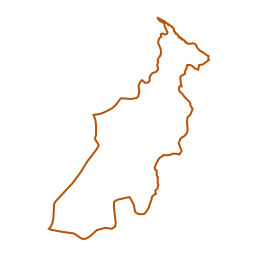 outline of Dar'a, Dar`a, Syria, rotated 87°
{"feature_id": "27442178B67726505950673", "entity_name": "Dar'a", "entity_type": "district", "adm_level": 2, "iso_a3": "SYR", "parent_name": "Syria", "parent_adm1": "Dar`a", "projection": "robinson", "projection_center": [36.022, 32.622], "detail": "fine", "context": "isolated", "style": "outline", "palette": "amber", "viewbox_px": 256, "rotation_deg": 87, "n_neighbors": 0, "source": "geoboundaries", "source_scale": "gbopen_adm2", "svg_char_len": 4475}
<svg xmlns="http://www.w3.org/2000/svg" viewBox="0 0 256 256"><g transform="rotate(87 128 128)"><path d="M64.4,43.7L63.4,44.2L60.4,43.8L59.5,45.5L58.1,47.0L56.8,48.3L56.7,48.5L56.6,48.8L56.5,49.0L56.4,49.1L56.3,49.4L56.2,49.5L56.1,49.8L55.9,50.1L55.8,50.3L55.7,50.4L55.6,50.5L55.3,51.0L55.1,51.2L55.0,51.4L54.8,51.6L54.7,51.8L54.5,52.0L54.4,52.1L54.2,52.4L54.0,52.6L53.9,52.7L53.7,52.9L53.5,53.0L53.4,53.1L53.2,53.3L52.9,53.5L52.7,53.7L52.6,53.8L52.4,53.9L52.3,54.0L52.2,54.1L51.9,54.3L51.6,54.5L51.4,54.6L51.2,54.7L51.1,54.8L50.7,55.0L50.4,55.1L50.2,55.2L50.1,55.3L49.9,55.4L49.6,55.5L49.3,55.6L49.1,55.6L48.9,55.7L48.7,55.8L48.4,55.9L47.3,57.1L46.7,59.1L46.7,59.3L46.8,59.4L46.9,59.6L47.1,60.1L47.1,61.0L47.0,61.5L47.0,61.9L47.2,62.3L47.2,62.5L47.0,63.6L46.6,64.0L46.3,64.3L46.2,64.5L46.2,64.8L46.2,65.0L46.0,65.3L45.9,65.5L45.7,65.5L45.3,65.7L45.2,65.7L45.1,65.9L45.1,66.2L44.2,66.5L44.1,66.9L44.0,67.1L43.8,67.2L43.5,67.3L43.2,67.5L43.0,68.0L42.4,68.6L42.3,68.8L42.3,69.0L42.5,69.3L42.5,69.5L42.4,69.6L42.2,69.8L41.8,69.7L41.6,69.5L41.4,69.5L41.2,69.6L41.1,69.8L41.2,70.1L41.2,70.4L41.2,70.5L40.9,70.7L40.7,70.9L40.5,71.0L40.3,71.2L40.2,71.2L40.2,71.3L40.3,71.4L40.4,71.5L40.6,71.6L40.4,71.9L40.2,71.9L39.9,72.0L39.7,72.5L39.4,72.6L39.2,72.7L38.8,72.7L38.5,72.8L38.5,73.1L38.3,73.3L38.0,73.4L37.6,73.7L37.5,73.8L36.7,74.0L36.4,74.3L36.3,74.5L36.2,74.7L36.2,74.9L36.2,75.2L36.3,75.4L36.2,75.6L35.9,75.7L35.5,76.0L34.9,75.8L34.7,76.0L34.5,76.3L34.2,76.7L33.8,77.0L33.2,77.0L32.3,76.9L31.7,77.0L31.2,77.5L30.2,77.8L30.0,78.2L29.9,78.6L28.9,79.0L28.7,79.2L28.3,79.9L27.9,80.3L27.8,80.5L27.7,80.8L27.7,81.1L27.6,81.3L27.6,81.5L27.3,81.6L27.0,81.5L26.8,81.6L26.7,81.8L26.7,82.2L26.9,82.6L26.7,82.8L26.4,82.9L26.1,83.0L25.9,83.0L25.7,83.2L25.5,83.5L25.1,84.6L24.4,85.2L23.7,85.6L23.4,86.0L20.4,91.1L19.7,92.4L20.2,92.4L22.0,91.3L23.3,89.9L24.1,88.0L24.3,87.5L25.7,86.3L28.5,86.0L29.6,85.6L34.5,83.5L36.2,84.5L36.4,85.6L36.6,86.3L35.3,89.0L36.1,90.4L36.6,90.3L38.7,90.0L39.5,91.5L41.2,92.7L41.9,92.9L43.6,93.4L45.3,93.3L45.3,93.2L46.8,92.7L50.9,91.2L55.4,91.2L57.6,92.1L59.8,93.9L61.6,94.8L61.9,94.7L63.7,94.4L66.8,95.6L68.3,95.5L69.6,94.8L71.3,95.0L73.5,97.1L74.3,100.5L75.3,101.7L78.3,103.8L81.5,103.8L82.9,104.7L83.7,105.8L83.8,108.6L81.0,111.4L81.2,112.1L83.8,114.1L86.7,115.3L91.4,114.8L93.8,115.1L97.3,116.4L98.3,117.6L99.1,121.4L99.0,125.2L97.9,132.9L98.3,133.9L100.6,135.9L104.5,139.1L107.6,143.0L111.4,151.6L112.6,155.7L113.1,161.7L118.5,160.1L121.8,159.9L123.8,159.8L124.8,159.8L133.3,160.3L137.0,161.6L138.6,160.8L143.1,158.3L144.4,158.4L147.7,160.5L154.4,166.2L158.6,169.9L159.0,170.2L169.0,177.1L173.1,180.4L180.0,186.1L189.9,196.3L197.5,204.1L199.9,205.7L214.6,207.3L219.1,208.5L222.6,210.4L224.6,212.3L225.3,210.8L226.1,208.4L226.7,205.6L227.3,203.4L228.4,198.2L228.7,196.7L229.6,192.2L230.0,190.2L230.4,187.8L231.2,186.4L234.7,182.0L236.4,179.4L236.4,176.8L236.2,175.6L235.1,173.4L233.8,171.1L228.3,164.4L227.9,162.5L226.9,157.8L226.5,155.5L227.8,149.5L225.8,146.1L222.1,145.2L218.7,145.5L214.6,145.7L207.7,146.1L203.2,146.0L200.8,145.6L199.6,143.5L198.6,140.3L198.5,138.3L197.4,132.9L197.2,129.9L203.4,126.9L205.9,126.1L211.6,125.4L213.3,124.1L214.6,121.4L214.8,119.0L214.6,116.2L212.4,114.0L208.6,111.4L205.1,110.2L202.7,109.1L200.5,108.2L197.9,107.6L196.0,105.4L195.3,103.6L194.8,103.9L191.8,103.9L189.7,101.6L188.1,101.4L186.6,100.6L186.4,100.7L184.6,101.3L178.7,100.8L176.7,101.9L172.0,101.6L171.9,101.7L171.0,103.1L169.4,103.4L167.5,102.9L162.9,100.4L159.6,98.2L157.7,94.8L156.8,93.9L156.9,93.7L156.9,93.4L157.0,93.2L157.0,92.9L157.1,92.6L157.1,92.3L157.2,92.1L157.2,91.8L157.2,91.7L157.2,91.4L157.2,91.1L157.3,90.8L157.3,90.7L157.3,90.3L157.3,90.2L157.2,89.9L157.2,89.7L157.2,89.4L157.2,89.2L157.2,88.9L157.2,88.7L157.1,88.3L157.1,88.2L157.0,87.9L157.0,87.7L156.9,87.4L156.9,87.1L156.8,86.9L156.8,86.7L156.7,86.5L156.7,86.4L156.6,86.2L156.5,85.8L156.5,85.6L156.4,85.5L156.4,85.4L156.3,85.2L156.2,84.9L156.1,84.7L156.0,84.4L155.9,84.3L155.9,84.1L156.3,81.2L157.2,78.2L153.8,75.7L152.3,75.9L151.0,76.6L148.8,77.2L145.8,78.2L141.4,76.1L140.7,75.4L138.9,72.0L136.3,69.6L135.1,69.0L132.0,68.5L125.2,68.8L120.4,68.0L118.2,65.3L116.3,64.2L112.2,62.5L111.7,62.7L108.9,64.6L107.2,64.3L105.6,64.9L99.7,70.1L96.9,71.8L94.0,74.7L90.7,75.1L88.8,74.1L89.3,72.3L83.5,73.1L79.4,73.0L76.8,68.3L73.5,67.8L71.6,66.4L70.5,66.3L68.2,65.4L68.2,63.3L68.9,61.3L72.3,57.7L73.4,54.8L68.8,53.7L68.5,49.9L65.6,45.7L64.4,43.7Z" fill="none" stroke="#b45309" stroke-width="2"/></g></svg>